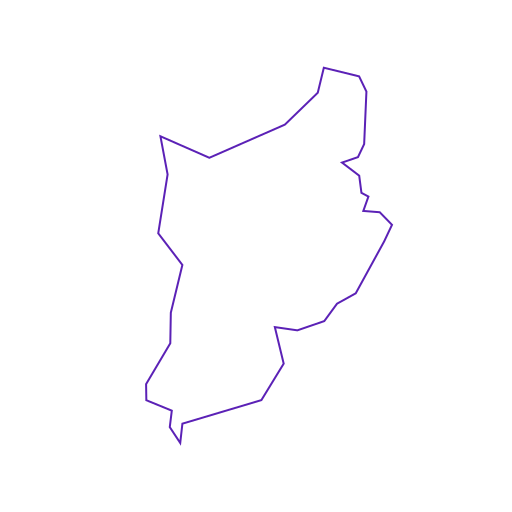 outline of Plasnitsa, Plasnica, North Macedonia, rotated 285°
{"feature_id": "65306769B97994960223658", "entity_name": "Plasnitsa", "entity_type": "district", "adm_level": 2, "iso_a3": "MKD", "parent_name": "North Macedonia", "parent_adm1": "Plasnica", "projection": "equal_earth", "projection_center": [21.111, 41.454], "detail": "fine", "context": "isolated", "style": "outline", "palette": "violet", "viewbox_px": 512, "rotation_deg": 285, "n_neighbors": 0, "source": "geoboundaries", "source_scale": "gbopen_adm2", "svg_char_len": 593}
<svg xmlns="http://www.w3.org/2000/svg" viewBox="0 0 512 512"><g transform="rotate(285 256 256)"><path d="M159.2,310.6L192.2,292.6L194.9,315.2L210.8,338.8L230.9,346.6L245.8,362.0L303.2,376.0L321.3,379.3L330.3,364.2L327.3,348.0L342.5,349.2L344.3,341.5L360.3,334.9L368.5,314.9L377.9,328.9L392.1,331.5L443.4,320.1L456.2,309.1L455.4,272.8L429.7,273.4L390.4,249.9L338.8,185.5L346.9,132.7L311.9,149.5L252.6,155.7L228.3,187.2L179.2,188.4L149.5,195.8L103.8,183.0L88.3,187.4L84.8,214.7L68.4,217.0L55.8,231.2L75.0,228.3L118.2,298.5L159.2,310.6Z" fill="none" stroke="#5b21b6" stroke-width="2"/></g></svg>